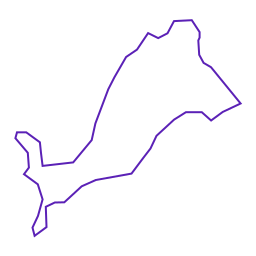 Bankilaré, Tillabéri, Niger (orthographic projection)
{"feature_id": "23599985B18164013569517", "entity_name": "Bankilaré", "entity_type": "district", "adm_level": 2, "iso_a3": "NER", "parent_name": "Niger", "parent_adm1": "Tillabéri", "projection": "orthographic", "projection_center": [0.586, 14.454], "detail": "fine", "context": "isolated", "style": "outline", "palette": "violet", "viewbox_px": 256, "rotation_deg": 0, "n_neighbors": 0, "source": "geoboundaries", "source_scale": "gbopen_adm2", "svg_char_len": 676}
<svg xmlns="http://www.w3.org/2000/svg" viewBox="0 0 256 256"><path d="M34.6,235.8L46.5,227.1L45.8,206.8L54.8,202.5L64.3,202.3L81.7,186.3L95.8,180.0L131.5,173.6L143.5,157.6L150.5,148.5L156.5,135.8L174.1,119.6L185.9,112.2L201.8,112.2L211.1,120.5L222.8,111.9L240.6,103.5L211.0,67.2L203.6,62.9L199.2,54.8L198.3,40.5L199.6,37.6L199.6,32.1L191.8,20.2L174.0,21.1L167.5,33.3L158.2,38.1L148.1,33.1L137.0,49.6L126.1,57.0L114.4,77.3L108.3,89.2L95.4,123.4L91.7,140.1L73.2,162.4L42.6,165.9L41.0,153.0L39.9,142.3L26.2,132.3L17.0,132.3L15.4,138.2L27.8,152.8L28.9,167.6L24.0,174.2L37.8,184.3L42.6,199.4L38.0,215.9L32.5,227.6L34.6,235.8Z" fill="none" stroke="#5b21b6" stroke-width="2"/></svg>